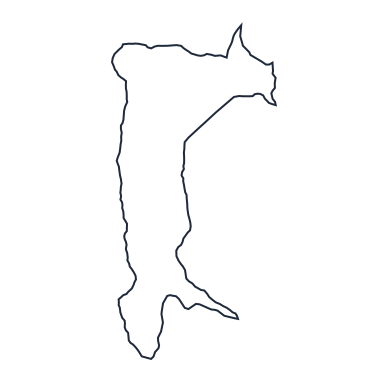 the district of São Benedito, Ceará, Brazil, rotated 271°
{"feature_id": "56859067B56740844379341", "entity_name": "São Benedito", "entity_type": "district", "adm_level": 2, "iso_a3": "BRA", "parent_name": "Brazil", "parent_adm1": "Ceará", "projection": "albers", "projection_center": [-40.987, -4.067], "detail": "fine", "context": "isolated", "style": "outline", "palette": "slate", "viewbox_px": 384, "rotation_deg": 271, "n_neighbors": 0, "source": "geoboundaries", "source_scale": "gbopen_adm2", "svg_char_len": 3217}
<svg xmlns="http://www.w3.org/2000/svg" viewBox="0 0 384 384"><g transform="rotate(271 192 192)"><path d="M65.9,240.2L69.0,239.1L71.3,237.6L72.4,234.7L74.8,231.8L76.9,228.7L78.4,225.3L80.4,222.0L82.2,217.5L84.6,214.3L87.3,211.0L90.4,209.0L93.7,206.1L94.2,202.8L95.6,200.2L97.5,196.7L100.5,194.1L102.7,190.4L105.4,187.8L110.2,187.0L113.8,186.4L117.4,184.2L119.5,182.4L123.1,179.8L127.5,177.6L133.1,177.3L136.7,179.2L138.9,182.0L141.9,183.4L145.3,184.2L151.2,188.3L153.7,190.7L157.7,191.3L161.6,190.8L165.4,189.8L169.1,188.7L175.4,187.7L180.4,187.4L185.6,186.8L189.1,186.6L191.4,185.3L194.6,184.6L198.7,183.9L202.6,183.0L205.4,183.1L208.3,181.3L211.6,181.7L214.8,183.5L217.7,182.9L220.7,183.6L223.7,183.6L227.3,183.5L231.3,183.2L234.7,183.6L237.8,183.6L241.7,183.8L246.4,187.6L256.8,198.5L262.9,205.0L265.7,207.9L269.9,212.3L272.0,214.5L287.8,232.3L288.3,235.0L288.8,237.5L288.6,241.4L288.7,247.3L288.9,251.0L290.8,252.9L291.4,255.5L291.3,258.4L289.8,261.5L286.5,263.3L284.7,265.2L282.4,267.4L281.3,270.6L280.3,274.2L283.7,273.4L286.5,271.0L292.1,269.6L294.8,270.9L297.5,273.1L302.0,272.8L307.7,273.6L311.6,270.5L314.6,270.9L322.7,270.2L320.8,267.1L320.7,263.7L323.3,259.9L330.1,248.0L332.8,246.8L339.1,240.4L348.6,237.5L359.6,238.3L355.6,235.0L351.5,232.2L348.8,230.9L346.3,230.2L343.6,229.6L341.0,228.7L337.6,227.1L334.2,225.6L331.0,225.0L327.0,224.3L328.0,221.2L329.1,218.3L328.8,215.4L328.5,212.6L329.6,208.7L330.3,204.4L328.8,201.4L328.3,198.3L328.7,195.1L329.7,191.7L330.4,189.0L332.4,186.2L334.3,183.1L335.9,180.8L337.9,178.6L338.6,174.2L338.2,169.4L337.8,165.3L337.6,159.9L337.6,155.2L336.7,151.9L334.9,148.7L335.9,145.1L338.0,143.2L338.6,139.6L339.3,135.7L339.4,132.6L339.1,129.8L339.2,126.5L338.8,123.3L338.5,120.5L335.6,119.3L333.1,116.5L328.7,112.2L324.6,110.4L320.4,109.8L317.1,111.3L313.1,112.8L311.0,114.6L307.6,116.3L305.3,119.0L303.9,121.3L301.7,124.1L297.9,124.0L294.6,124.1L290.9,124.9L286.6,125.1L283.7,125.1L280.9,125.7L276.4,123.7L272.0,122.7L266.6,122.4L263.2,122.2L259.8,121.4L257.3,119.8L254.0,119.8L249.9,120.7L246.3,120.2L242.0,120.4L238.6,119.8L234.7,119.5L229.9,118.9L225.7,117.3L222.0,116.2L218.6,117.4L216.2,118.4L212.7,118.9L210.2,119.3L207.5,119.7L203.6,120.7L199.2,121.4L195.7,120.8L193.0,120.7L190.1,120.4L186.5,121.2L183.1,120.6L180.6,122.2L177.8,122.7L174.7,122.5L171.5,123.6L168.0,124.0L164.7,124.1L161.9,125.9L159.1,127.6L155.3,127.5L151.7,127.5L149.5,125.7L146.8,125.0L144.1,125.4L141.2,126.7L138.4,127.5L133.7,126.9L129.7,128.3L125.2,128.9L122.5,128.6L119.3,130.4L116.3,131.1L114.3,132.8L110.9,135.1L107.4,137.0L103.6,137.5L100.9,136.1L97.8,135.1L94.4,133.5L91.2,130.1L88.8,128.2L87.7,125.1L85.3,122.7L83.4,120.5L80.2,120.8L77.5,120.7L75.2,121.8L70.2,122.5L65.0,124.4L62.2,126.9L59.7,127.2L55.4,127.1L52.6,128.3L50.1,130.6L45.3,131.1L42.5,131.4L40.1,133.1L38.4,135.8L34.9,139.1L31.6,141.6L29.1,143.2L26.8,144.6L25.9,148.1L24.4,154.0L26.8,156.4L31.4,157.9L35.2,161.2L37.9,161.8L42.7,160.7L45.9,160.6L51.9,163.5L61.0,165.2L69.4,163.6L72.6,163.9L80.3,165.0L87.6,169.0L88.5,171.8L88.0,174.3L87.5,177.8L85.0,180.7L76.0,186.8L74.9,190.5L80.2,197.9L79.8,201.6L74.9,213.2L74.6,216.9L73.8,219.7L68.8,226.5L66.4,237.3L65.9,240.2Z" fill="none" stroke="#1e293b" stroke-width="2"/></g></svg>